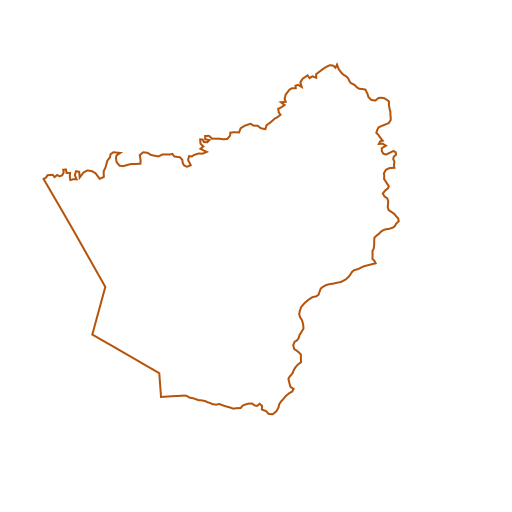 the district of Feira da Mata, Bahia, Brazil, rotated 158°
{"feature_id": "56859067B33620319124812", "entity_name": "Feira da Mata", "entity_type": "district", "adm_level": 2, "iso_a3": "BRA", "parent_name": "Brazil", "parent_adm1": "Bahia", "projection": "orthographic", "projection_center": [-44.283, -14.106], "detail": "fine", "context": "isolated", "style": "outline", "palette": "amber", "viewbox_px": 512, "rotation_deg": 158, "n_neighbors": 0, "source": "geoboundaries", "source_scale": "gbopen_adm2", "svg_char_len": 3996}
<svg xmlns="http://www.w3.org/2000/svg" viewBox="0 0 512 512"><g transform="rotate(158 256 256)"><path d="M372.8,152.4L370.5,149.4L368.2,148.1L366.0,146.3L363.2,143.8L360.3,142.4L357.3,140.4L355.6,138.4L353.7,137.0L351.9,134.9L348.4,133.0L345.6,132.6L343.0,130.2L340.3,127.9L337.1,125.5L334.3,123.0L331.1,122.2L327.2,120.8L324.2,122.3L320.7,122.2L318.1,121.9L314.8,120.6L313.3,118.0L311.1,116.6L308.0,117.6L306.5,114.7L308.1,111.5L304.8,108.4L303.4,104.8L299.8,103.0L295.3,104.4L292.0,107.0L289.8,110.1L286.9,111.9L284.3,113.1L280.9,115.0L276.7,116.3L273.1,116.8L270.9,118.7L273.1,121.8L272.6,126.0L272.0,129.9L270.1,131.5L266.3,133.4L263.4,136.4L260.8,138.2L257.7,139.7L254.1,140.6L252.7,144.3L251.3,147.9L252.4,150.6L253.8,153.1L255.5,155.5L254.9,159.3L252.4,162.0L249.9,162.3L247.1,164.0L245.4,166.3L242.1,168.7L239.2,170.9L237.9,174.9L237.4,179.2L238.1,182.8L237.7,186.0L235.9,188.8L233.0,191.9L228.5,194.2L223.7,195.8L219.2,196.7L215.0,196.0L212.5,196.7L210.1,199.5L208.1,201.6L205.7,202.3L201.8,202.8L198.0,202.3L195.6,201.6L191.8,201.0L186.9,200.1L181.3,200.7L176.8,202.5L173.3,205.1L170.4,206.1L166.3,205.6L162.1,206.0L159.5,206.0L156.3,205.6L153.4,205.2L151.0,204.9L147.8,204.4L148.0,207.1L149.1,209.6L147.3,213.8L146.1,217.1L144.1,218.7L142.2,222.1L140.8,225.6L139.3,228.7L136.1,229.9L133.5,230.6L131.0,231.8L128.5,232.2L125.8,232.2L122.9,231.4L118.3,231.0L116.0,231.8L113.9,233.5L110.6,234.8L110.1,237.7L111.2,240.4L112.0,243.2L113.9,246.1L115.8,248.9L115.5,252.2L114.3,254.4L112.9,257.2L112.7,260.3L114.5,263.0L115.1,266.4L111.6,268.4L108.5,269.2L106.7,270.9L107.4,274.4L108.4,279.5L107.0,282.4L106.5,284.7L103.2,287.3L99.2,287.5L96.9,286.7L94.6,285.9L94.0,288.8L92.3,291.5L92.5,294.4L91.1,296.4L88.2,297.5L87.6,299.8L89.3,301.9L92.9,301.6L97.3,301.3L99.6,303.1L100.1,306.1L99.1,308.7L96.8,309.2L94.2,309.6L96.5,312.7L100.1,313.9L97.8,315.8L95.3,315.4L96.5,319.4L97.2,322.6L98.3,325.2L96.2,327.6L94.2,329.3L91.5,329.5L87.5,329.5L83.2,329.5L80.2,331.6L79.1,334.2L78.5,336.6L77.4,339.2L77.0,342.7L76.1,346.5L74.8,349.5L76.4,352.1L78.0,354.3L80.7,355.9L83.3,356.6L87.1,355.4L90.6,357.5L92.2,361.3L91.9,364.8L92.2,369.3L95.1,371.1L97.7,372.4L99.4,374.8L100.5,377.7L103.3,380.8L103.9,383.2L104.0,386.4L105.1,388.8L106.8,391.0L108.3,394.2L109.3,398.3L109.2,403.1L111.8,400.7L113.0,403.5L115.9,405.2L118.8,405.1L121.4,404.8L124.0,404.3L132.2,402.0L133.4,398.7L136.4,401.5L139.7,400.8L140.5,404.1L146.1,403.0L149.8,400.5L150.3,395.6L152.8,398.9L155.6,399.1L156.3,396.6L160.0,398.1L162.6,397.7L168.1,394.5L170.6,391.0L170.6,387.9L175.3,389.2L172.9,385.3L177.6,384.3L180.3,384.1L181.1,380.6L180.4,377.7L184.6,376.6L187.0,376.4L192.7,374.4L197.2,373.3L199.8,370.1L203.6,372.6L205.7,376.2L209.5,377.8L211.4,380.6L214.9,380.9L217.7,381.0L222.4,380.2L225.4,376.9L229.8,378.9L233.6,380.0L234.9,377.3L238.8,375.3L242.5,376.4L245.9,378.4L252.7,381.2L254.6,385.0L258.2,386.3L259.4,383.3L255.8,380.9L258.6,379.7L261.6,381.2L261.9,384.0L264.1,385.0L265.4,380.9L263.8,377.3L267.3,376.2L265.2,373.7L262.7,371.0L267.2,370.9L270.8,372.5L275.8,372.9L278.2,372.3L280.6,373.7L283.0,370.5L282.5,364.6L286.6,364.6L288.6,366.7L289.2,369.2L288.3,372.8L289.5,376.0L294.5,378.9L295.3,382.0L298.2,382.5L304.3,385.1L309.3,384.9L315.4,388.9L317.9,392.3L321.7,394.4L325.9,393.2L327.2,387.7L328.6,384.9L332.5,386.2L337.9,388.2L345.5,389.1L348.6,390.8L350.1,395.2L349.1,399.5L347.6,401.5L343.2,402.4L349.4,405.6L352.7,404.9L354.4,402.2L358.0,400.2L362.2,394.7L365.5,391.6L367.5,386.3L372.0,386.1L373.8,392.9L376.5,396.3L380.4,398.5L384.8,398.0L390.1,394.8L388.4,400.3L391.1,402.0L393.7,398.8L393.6,394.3L396.5,395.6L399.7,396.0L399.0,399.2L397.3,402.7L400.5,404.0L399.8,407.4L402.4,408.2L403.0,405.5L405.5,403.4L408.3,403.5L410.1,405.6L413.2,404.6L414.1,407.4L419.0,409.0L421.2,407.4L424.1,407.0L418.7,369.6L415.6,347.4L410.7,309.8L407.3,283.8L437.2,244.5L427.1,231.6L424.3,228.1L389.6,183.6L395.9,163.8L396.9,160.9L383.3,156.4L380.6,155.4L374.9,153.5L372.8,152.4Z" fill="none" stroke="#b45309" stroke-width="2"/></g></svg>